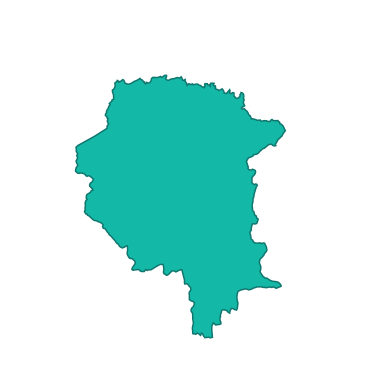 the district of Castro, Paraná, Brazil, rotated 219°
{"feature_id": "56859067B62278362506794", "entity_name": "Castro", "entity_type": "district", "adm_level": 2, "iso_a3": "BRA", "parent_name": "Brazil", "parent_adm1": "Paraná", "projection": "natural_earth1", "projection_center": [-49.875, -24.807], "detail": "fine", "context": "isolated", "style": "filled", "palette": "teal", "viewbox_px": 384, "rotation_deg": 219, "n_neighbors": 0, "source": "geoboundaries", "source_scale": "gbopen_adm2", "svg_char_len": 6057}
<svg xmlns="http://www.w3.org/2000/svg" viewBox="0 0 384 384"><g transform="rotate(219 192 192)"><path d="M285.2,266.6L286.6,265.5L287.0,264.4L287.2,263.0L288.0,261.9L289.0,262.1L290.2,260.2L291.5,258.6L294.5,256.6L294.9,254.8L293.8,252.6L293.7,250.4L294.7,248.9L296.2,248.7L296.1,247.0L297.3,246.6L298.1,247.7L299.1,247.1L300.2,247.6L301.8,247.6L302.8,247.2L303.9,247.6L304.4,245.9L305.4,243.4L306.4,241.8L307.7,238.0L308.9,236.2L309.6,235.5L312.3,234.5L315.5,236.0L316.7,235.6L316.8,233.9L317.7,232.3L318.0,231.2L319.0,231.9L320.3,231.7L319.9,230.3L320.6,228.6L319.9,227.4L318.5,226.3L317.9,224.6L317.5,222.7L318.0,221.2L317.3,220.2L314.0,217.9L313.1,217.0L311.3,214.6L312.1,213.2L311.4,211.9L311.9,209.9L311.9,208.6L310.7,208.4L310.5,206.0L309.9,204.5L309.4,201.1L308.4,200.2L308.3,198.3L307.4,196.9L305.5,197.0L304.5,196.0L303.6,196.3L302.3,193.6L301.0,192.9L299.8,192.7L299.4,189.6L298.1,188.1L302.8,174.0L310.0,156.2L310.3,153.7L308.6,152.2L307.5,150.7L304.8,149.7L304.5,147.7L302.5,146.8L301.8,144.3L301.6,143.1L299.5,141.7L298.4,141.4L297.5,140.8L297.3,137.9L296.6,136.4L295.5,134.8L292.7,134.7L291.5,135.4L290.3,136.9L288.1,138.1L286.1,138.3L284.5,137.9L283.4,138.2L282.9,139.3L281.7,140.0L280.1,140.1L276.7,139.9L276.2,138.4L276.1,136.6L276.6,134.6L276.1,133.2L275.1,132.1L271.2,131.8L270.2,131.1L271.2,129.8L270.8,128.6L271.0,127.0L271.8,124.8L272.0,123.2L270.6,120.9L269.0,120.3L269.1,118.8L268.5,117.0L267.7,115.7L266.4,114.5L265.0,112.1L263.9,111.3L263.3,109.2L260.8,108.1L259.5,108.8L258.5,108.2L256.9,108.6L251.2,108.2L249.4,108.7L248.1,109.7L246.8,109.6L245.2,110.4L242.3,110.9L240.4,110.6L239.7,108.8L238.1,108.0L236.1,108.9L234.5,108.2L232.3,107.5L231.0,107.6L229.6,106.7L226.4,106.7L225.2,106.3L221.4,105.8L218.3,104.8L217.3,105.0L215.9,104.9L214.1,104.2L212.6,104.3L210.9,104.7L209.7,106.7L209.3,108.5L208.4,109.4L207.0,108.1L205.2,106.0L204.6,104.7L203.1,102.8L199.5,101.3L198.3,101.4L196.3,102.7L195.1,102.4L193.6,102.4L192.1,101.9L191.2,100.6L191.0,99.5L190.7,95.7L190.1,94.1L188.6,94.0L187.6,95.3L185.0,97.9L184.0,98.3L182.7,98.0L181.2,98.4L179.1,100.1L179.2,102.6L177.4,102.8L176.9,104.2L175.5,105.1L174.8,106.0L172.9,111.6L171.2,115.7L168.9,117.4L167.3,116.3L164.8,113.7L163.8,111.8L162.6,110.9L160.9,111.2L159.5,111.2L158.7,112.2L158.3,114.0L157.9,117.9L156.8,119.1L155.5,119.6L154.3,119.7L153.6,120.9L153.1,122.5L152.3,123.8L151.0,125.2L142.5,118.9L141.7,118.0L140.8,116.7L139.6,116.0L138.4,117.4L137.0,117.7L135.1,117.0L132.9,116.9L131.3,115.2L131.1,112.6L130.4,111.3L129.4,110.5L126.3,106.7L124.7,106.7L122.1,107.6L120.6,107.4L119.5,106.2L118.9,103.6L119.1,101.9L118.9,100.4L117.8,98.9L115.1,98.0L111.3,93.6L109.4,92.0L108.0,90.4L107.3,88.7L106.0,86.4L103.8,84.2L102.3,82.4L99.5,83.9L99.3,85.5L98.0,85.9L95.1,86.0L95.9,88.2L95.0,88.6L92.3,87.4L90.2,86.9L87.8,89.6L86.0,90.2L84.7,92.0L89.9,97.3L92.3,100.4L93.0,103.8L89.8,103.6L88.2,105.6L87.3,106.3L86.6,107.8L87.7,109.0L89.4,109.9L90.3,110.8L91.0,111.8L91.3,113.0L92.4,113.9L93.5,117.0L94.3,118.4L93.9,120.1L90.4,121.8L89.2,121.3L86.5,121.6L87.7,123.7L88.1,126.3L86.7,127.2L84.8,127.5L83.1,128.3L83.5,129.9L85.4,133.0L86.5,134.7L88.4,136.0L90.9,138.4L93.2,142.2L93.7,143.9L92.3,146.7L90.4,149.1L89.8,150.1L88.7,150.8L86.1,151.8L84.6,154.0L83.7,156.1L81.3,159.7L80.0,160.5L79.1,161.5L76.1,163.0L75.1,163.9L74.0,164.3L72.1,166.9L69.9,168.1L69.0,169.5L67.5,170.0L66.1,170.0L63.4,174.8L64.7,175.8L66.5,176.1L68.5,176.1L71.2,174.7L73.2,173.3L76.0,172.5L79.8,172.1L81.0,171.1L84.2,171.2L88.2,172.5L89.4,173.4L89.6,174.6L91.3,177.1L94.5,179.0L95.6,180.0L96.8,182.5L96.5,185.0L96.4,188.2L96.9,189.3L96.8,192.0L97.0,193.6L97.9,194.6L99.1,195.7L101.0,196.8L103.5,197.9L104.8,197.0L105.5,195.6L106.5,195.6L107.8,194.7L108.8,193.5L110.6,192.3L112.4,191.8L114.6,192.7L116.6,192.7L117.5,193.7L119.5,195.5L120.7,196.1L121.6,197.2L122.0,199.8L123.0,200.6L125.0,205.1L124.1,206.1L122.8,206.9L121.9,208.3L123.2,212.0L124.0,212.8L125.2,212.4L127.0,213.8L128.8,213.6L130.6,215.0L131.9,215.7L133.3,215.7L135.0,217.7L137.0,219.6L138.7,223.1L140.1,224.8L141.0,227.2L142.6,229.9L145.1,236.1L145.5,238.4L146.5,238.7L147.5,238.4L148.1,237.0L149.8,236.8L151.2,236.9L154.4,240.8L154.5,242.6L154.3,245.0L154.7,246.5L155.4,247.9L156.4,248.5L157.8,248.3L159.4,247.7L159.8,246.5L160.6,245.8L161.9,245.2L163.4,245.6L164.2,247.0L165.7,247.8L169.1,250.2L169.3,252.2L169.7,253.4L168.6,255.9L167.8,257.0L167.3,258.4L167.4,259.9L165.5,262.2L164.9,264.2L164.9,266.2L164.5,267.9L164.4,270.0L163.4,271.3L162.3,276.9L161.4,278.2L160.1,279.2L158.2,279.1L156.9,279.7L156.1,280.8L157.2,281.3L157.7,285.0L158.2,287.1L157.7,288.3L157.7,290.3L157.3,291.8L157.6,293.5L158.0,294.7L158.0,298.4L163.0,300.7L165.3,300.9L166.8,300.4L167.8,301.4L168.9,301.3L170.2,301.6L171.4,300.4L173.9,298.6L175.5,298.7L175.9,297.4L175.7,296.0L177.6,294.5L179.1,294.2L181.1,292.6L181.8,291.5L182.9,290.6L184.3,290.9L185.0,290.0L186.8,288.6L187.9,288.4L191.1,287.0L191.9,286.2L193.1,287.0L194.8,287.8L196.8,287.8L198.1,288.7L199.9,289.3L202.6,289.4L203.6,289.7L204.8,288.3L206.0,288.1L206.5,289.8L205.7,290.7L205.3,292.1L206.7,292.9L208.1,293.4L208.9,294.8L209.5,296.5L210.9,297.0L211.5,298.3L212.5,299.6L213.7,300.5L215.3,300.7L216.5,300.2L215.9,299.2L216.0,297.8L214.9,296.7L215.0,295.2L215.5,293.5L217.4,292.4L218.5,293.0L219.8,293.0L221.7,295.4L223.0,294.9L223.4,293.2L225.2,292.5L226.0,294.5L227.1,295.2L227.3,290.2L229.3,289.2L230.6,290.2L232.2,290.9L233.5,291.1L234.9,287.8L236.3,287.8L237.6,287.2L239.4,287.2L239.7,288.5L240.8,289.1L241.7,288.3L242.7,288.5L243.2,290.3L245.1,289.1L246.0,288.0L244.5,285.7L246.1,286.0L247.2,285.2L248.3,285.8L250.1,284.3L249.6,283.2L248.7,282.8L248.1,280.8L249.4,280.8L250.4,280.0L252.3,280.2L254.0,279.4L255.4,279.5L257.2,278.0L258.4,276.1L259.8,276.3L260.6,274.6L261.9,274.5L262.9,273.7L262.9,271.8L265.5,273.4L267.1,273.8L268.1,275.1L268.7,273.7L269.6,272.9L270.7,273.8L272.9,274.7L273.2,272.8L275.4,271.7L276.2,270.8L277.0,269.1L278.2,268.0L279.2,266.8L279.8,265.8L280.5,264.0L281.7,263.4L282.8,263.2L284.1,263.7L284.1,265.2L285.2,266.6Z" fill="#14b8a6" stroke="#0f766e" stroke-width="1.5"/></g></svg>